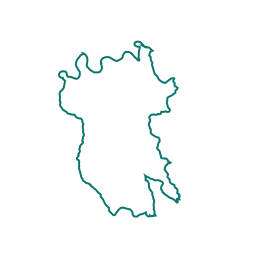 Varadia De Mures, Arad, Romania, rotated 135°
{"feature_id": "2599482B27898501317074", "entity_name": "Varadia De Mures", "entity_type": "district", "adm_level": 2, "iso_a3": "ROU", "parent_name": "Romania", "parent_adm1": "Arad", "projection": "albers", "projection_center": [22.152, 46.066], "detail": "fine", "context": "isolated", "style": "outline", "palette": "teal", "viewbox_px": 256, "rotation_deg": 135, "n_neighbors": 0, "source": "geoboundaries", "source_scale": "gbopen_adm2", "svg_char_len": 5826}
<svg xmlns="http://www.w3.org/2000/svg" viewBox="0 0 256 256"><g transform="rotate(135 128 128)"><path d="M149.8,201.7L152.4,200.5L153.2,199.1L154.1,198.1L157.3,195.2L157.3,194.2L159.3,192.8L159.7,192.5L160.3,191.2L160.7,188.6L161.1,187.8L160.9,185.5L160.4,184.3L160.2,182.6L160.4,181.2L160.1,180.8L160.0,180.3L159.1,179.0L158.4,177.4L157.4,176.2L156.7,175.7L156.4,175.3L156.8,173.3L156.8,171.3L155.4,168.8L154.8,168.3L154.6,167.8L154.7,166.4L156.3,163.9L156.8,162.3L158.6,161.5L159.3,160.8L160.9,158.5L162.7,156.8L162.9,156.5L162.9,156.3L163.3,155.2L164.1,154.3L165.1,153.8L166.1,153.4L169.6,151.0L169.5,150.4L170.5,149.3L171.0,149.2L173.5,149.4L174.2,149.2L175.0,148.9L176.2,148.0L176.8,147.9L177.3,147.6L177.8,146.6L178.5,145.5L180.6,144.7L181.3,144.8L182.2,144.1L182.4,143.3L183.2,143.3L184.1,143.0L185.1,143.1L185.9,142.2L186.2,141.7L185.7,140.5L185.7,139.7L186.0,138.8L187.1,138.3L188.1,137.0L189.2,136.0L189.4,135.5L190.4,135.0L190.9,134.4L192.5,131.9L193.0,130.5L193.7,129.8L194.2,128.6L194.6,128.2L194.8,127.5L195.2,127.2L195.8,126.1L196.1,125.3L196.1,124.1L196.6,123.6L196.9,122.3L196.8,121.5L196.5,120.4L196.6,119.1L196.1,118.1L195.6,117.5L194.9,115.7L195.0,115.1L194.7,115.0L194.6,114.4L195.2,113.3L194.8,111.0L194.8,110.2L194.6,108.5L194.4,107.1L194.7,103.3L194.3,100.3L195.5,99.3L196.0,97.9L196.1,95.5L196.6,93.9L197.4,91.9L198.0,89.9L198.1,87.8L197.8,85.4L198.7,84.1L200.0,82.6L200.0,78.2L200.0,76.7L198.7,75.8L193.0,76.8L189.6,76.6L187.8,75.2L185.0,70.3L184.1,69.1L184.2,66.1L184.8,64.5L185.9,63.6L186.1,62.6L186.1,61.1L184.6,59.2L183.9,58.9L182.3,58.7L180.8,58.4L179.5,57.6L178.7,57.0L176.5,56.2L176.0,55.7L175.2,55.6L176.1,54.5L176.5,53.2L176.4,52.5L176.5,51.6L176.2,51.1L174.9,50.2L174.6,50.4L174.7,50.0L174.3,49.6L172.0,47.9L172.2,48.1L171.6,48.0L172.0,47.7L171.4,47.4L170.4,46.6L170.1,48.3L168.3,50.3L167.1,52.6L166.0,53.4L163.6,56.2L162.1,56.9L161.5,57.9L160.6,58.4L160.1,60.2L159.1,61.2L158.2,63.4L156.5,65.2L155.8,69.9L154.4,71.9L152.4,74.2L151.7,75.9L151.8,77.4L152.5,78.2L152.5,78.6L151.3,79.6L150.7,80.7L149.7,81.3L149.5,81.8L149.2,80.2L148.3,78.3L148.0,76.4L146.5,73.9L146.2,72.5L145.5,71.4L143.9,70.2L142.5,67.8L142.5,67.2L142.0,65.8L142.0,65.3L142.1,64.6L142.8,63.8L143.6,63.5L145.4,63.3L146.3,62.7L147.6,61.6L148.0,60.8L148.1,59.3L148.4,58.9L148.8,58.6L149.0,58.2L149.0,57.7L148.7,57.1L148.6,56.7L148.8,56.3L148.9,54.9L148.7,54.7L147.6,48.4L147.0,47.9L146.3,45.4L145.9,43.3L146.2,42.2L146.0,40.7L145.4,40.9L145.4,41.1L145.5,41.7L145.2,41.3L145.1,41.8L144.9,41.9L144.6,41.6L144.4,42.3L144.1,42.9L143.9,43.0L143.8,42.5L143.4,42.2L143.4,43.0L143.2,43.0L143.0,42.4L142.1,41.3L141.9,41.9L141.9,42.3L141.5,42.6L140.3,42.9L140.3,43.4L139.8,44.1L139.1,44.1L139.1,44.9L138.7,44.3L139.1,46.9L138.7,47.6L137.5,48.3L136.7,49.8L136.4,50.9L136.8,52.3L136.4,53.6L135.5,55.0L136.3,56.7L136.8,58.9L136.5,60.4L135.1,62.1L134.9,63.5L134.8,65.4L132.4,67.0L131.7,71.7L131.3,73.0L128.5,74.5L127.6,74.7L126.5,74.4L124.7,74.9L124.3,74.3L123.9,73.9L122.5,73.5L123.1,76.1L122.7,77.2L122.5,78.9L123.7,80.7L125.2,82.3L125.6,83.2L125.1,84.4L124.4,84.7L123.9,86.4L123.6,87.0L122.9,87.8L122.3,88.9L121.9,90.1L122.1,92.1L121.4,93.6L120.4,93.6L119.7,94.3L116.8,96.0L115.7,96.1L114.5,96.6L114.1,97.5L113.2,98.5L113.2,99.8L114.4,101.5L115.5,106.0L115.6,108.1L112.8,111.1L112.9,112.2L111.9,113.3L111.4,115.2L108.6,117.1L107.8,116.9L106.7,117.9L105.7,120.2L105.1,120.8L103.3,121.0L102.4,120.8L100.8,120.0L100.1,119.0L98.6,117.3L98.1,116.9L97.0,116.8L96.6,116.7L96.2,115.6L95.8,115.2L94.7,115.1L94.0,115.3L93.2,115.8L92.7,115.8L92.3,115.1L91.2,114.0L90.5,113.6L89.8,113.5L89.5,113.1L89.1,111.9L88.4,111.1L87.3,110.5L86.1,110.7L85.7,111.2L85.0,112.7L85.2,113.5L85.1,114.3L83.0,117.9L82.1,119.0L81.2,119.3L79.3,121.1L78.5,121.5L77.3,121.2L73.6,120.0L72.1,120.0L70.3,119.4L69.9,119.5L69.2,119.8L68.7,120.4L67.8,120.8L67.2,121.0L66.1,120.7L64.6,121.2L64.5,121.4L64.6,121.9L64.8,123.3L65.2,124.2L65.2,124.9L64.9,125.3L63.2,126.7L63.1,127.1L63.2,127.8L63.0,128.8L62.7,129.3L62.0,129.7L60.5,130.2L60.2,130.5L61.0,131.3L62.5,132.6L69.4,133.4L70.3,134.0L70.3,134.4L70.6,134.8L70.6,135.2L71.3,136.1L71.8,139.0L71.8,140.5L70.8,144.0L70.9,147.0L70.7,147.8L69.6,149.8L66.1,156.1L65.1,156.4L64.8,156.8L64.4,157.8L64.0,159.4L63.7,160.0L61.6,162.5L61.6,162.9L61.8,164.0L61.7,164.3L58.1,166.2L56.0,165.2L56.2,167.2L56.2,169.4L56.4,170.2L56.7,170.8L57.6,171.4L57.7,172.7L58.2,172.9L58.6,172.8L59.5,176.0L58.7,175.2L58.6,176.9L58.5,179.5L58.9,180.7L59.7,181.8L60.5,182.6L61.5,183.2L62.4,183.4L63.2,183.3L63.9,183.0L64.4,182.4L64.6,181.3L64.5,180.6L64.2,179.8L63.8,178.8L63.2,178.4L62.4,176.9L62.5,176.7L65.6,174.8L67.4,173.4L69.2,171.5L70.4,170.8L71.1,169.8L71.8,168.0L72.7,168.0L73.1,168.6L73.0,170.8L73.1,173.7L72.9,175.9L72.8,178.9L73.6,180.9L74.6,182.2L75.5,183.2L77.1,183.7L78.3,183.5L80.6,182.8L81.2,182.2L81.9,181.8L82.9,181.6L85.9,182.2L88.2,183.1L88.8,183.6L89.9,186.1L90.5,188.9L91.2,191.2L91.9,192.2L93.2,193.4L94.9,194.6L96.2,195.0L97.4,195.1L98.6,194.9L99.8,194.4L101.5,192.9L101.6,192.6L101.0,193.0L101.0,192.8L101.4,192.2L102.0,191.9L102.0,192.0L103.2,189.8L103.9,189.0L104.9,188.2L107.8,187.6L109.0,187.9L110.2,188.8L112.7,191.4L113.7,195.7L113.5,200.3L113.1,201.3L109.1,204.3L107.0,206.7L106.6,208.3L106.3,210.6L106.5,211.7L107.2,213.0L107.8,212.2L109.2,212.8L110.7,212.9L112.3,212.6L115.5,212.3L116.9,211.8L118.7,210.8L119.8,210.0L120.7,208.6L121.2,207.2L121.4,206.1L122.2,203.3L122.3,202.1L124.0,200.1L125.8,198.9L127.5,198.6L128.8,198.7L129.5,199.1L130.4,200.2L131.6,203.0L132.5,204.8L134.3,206.8L134.2,207.8L132.4,210.7L132.3,211.7L132.7,212.7L133.9,214.1L135.2,215.1L136.5,215.3L138.1,215.1L139.0,214.5L140.1,212.9L140.0,212.1L139.7,210.9L138.7,209.6L138.8,209.0L139.4,208.3L139.2,207.0L139.2,205.7L140.9,204.7L142.4,203.6L144.9,202.0L145.9,201.7L148.9,201.4L149.8,201.7Z" fill="none" stroke="#0f766e" stroke-width="2"/></g></svg>